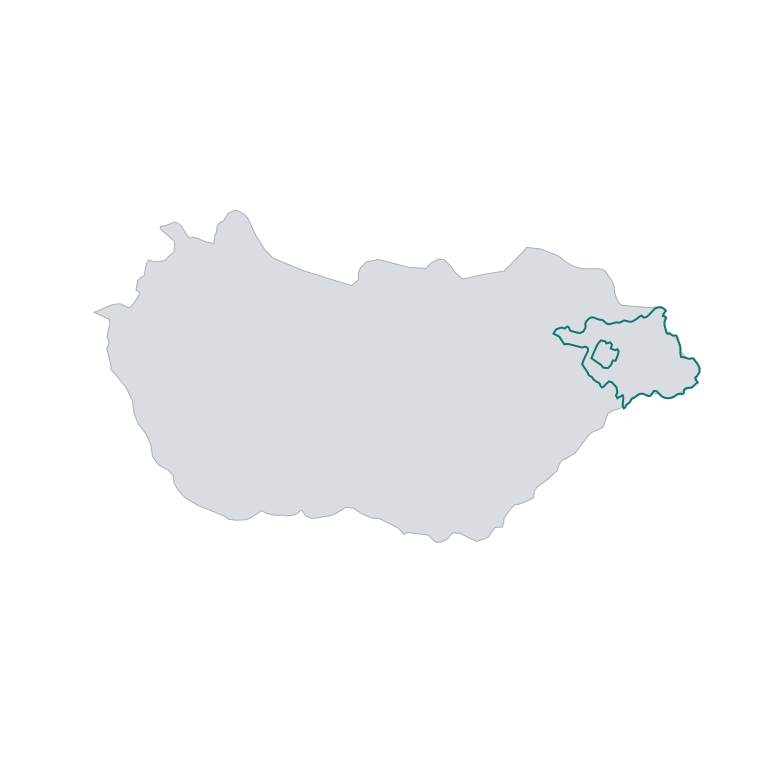 Szabolcs-Szatmár-Bereg on a map of Hungary (Albers equal-area conic projection), rotated 18°
{"feature_id": "HUN-3169", "entity_name": "Szabolcs-Szatmár-Bereg", "entity_type": "County", "adm_level": 1, "iso_a3": "HUN", "parent_name": "Hungary", "parent_adm1": "", "projection": "albers", "projection_center": [22.06, 48.0], "detail": "fine", "context": "in_parent", "style": "outline", "palette": "teal", "viewbox_px": 768, "rotation_deg": 18, "n_neighbors": 0, "source": "natural_earth", "source_scale": "10m", "svg_char_len": 5255}
<svg xmlns="http://www.w3.org/2000/svg" viewBox="0 0 768 768"><g transform="rotate(18 384 384)"><path d="M617.5,227.0L625.6,226.0L626.0,226.1L627.9,226.7L629.3,232.7L629.5,233.1L631.5,237.0L633.3,242.3L636.2,246.2L642.6,247.8L650.8,252.7L656.3,261.8L664.4,265.6L665.0,265.7L666.5,265.2L672.3,264.8L673.5,266.7L678.2,271.1L680.0,275.1L679.1,279.3L680.0,284.0L681.8,285.7L679.7,288.9L664.7,304.9L658.8,309.2L654.9,310.1L648.7,308.4L642.3,309.8L636.6,313.2L631.3,314.3L627.4,318.3L622.2,327.0L615.9,334.4L609.4,338.9L606.1,343.0L605.7,357.1L602.1,361.1L597.3,365.2L594.7,368.8L587.3,390.2L581.7,397.1L576.3,402.3L575.4,407.1L575.5,412.7L569.4,423.6L561.4,435.0L559.9,439.7L561.6,446.0L553.9,453.2L549.5,456.7L545.8,458.3L543.5,462.8L539.7,473.9L540.6,478.9L540.7,483.4L534.2,486.0L532.2,491.0L530.5,497.2L527.8,500.0L520.4,505.1L502.3,502.6L495.5,504.2L493.4,507.9L492.9,510.8L490.6,513.6L486.4,517.0L482.1,518.5L472.8,514.0L452.4,517.9L448.9,521.0L446.1,518.7L441.8,516.5L421.6,513.5L413.5,515.3L402.8,514.2L393.0,511.6L385.5,513.2L378.7,521.7L375.4,524.5L372.8,526.3L367.1,528.9L362.3,532.0L355.9,534.2L350.4,533.6L345.3,529.7L343.3,530.5L341.6,533.8L338.6,536.7L330.6,540.0L328.5,539.9L328.1,539.9L321.9,542.3L311.9,543.4L307.0,542.1L297.3,553.8L294.4,555.9L285.6,559.2L278.4,560.7L272.4,558.9L270.0,558.7L243.1,556.7L229.2,553.3L220.4,548.1L214.7,542.5L212.1,536.5L205.4,532.5L194.5,530.6L186.2,524.3L180.8,513.6L173.0,504.9L163.0,498.1L155.3,489.1L150.0,477.7L139.7,467.0L124.5,457.1L119.9,454.8L119.2,451.9L112.3,440.4L109.3,436.1L110.0,430.7L108.7,427.5L106.0,425.2L105.1,417.2L104.7,411.3L102.8,407.4L86.1,405.4L101.2,392.5L108.4,389.1L116.4,390.4L119.1,389.3L119.9,387.3L121.6,382.9L122.6,378.6L123.6,374.7L122.9,372.3L119.1,371.3L117.9,361.2L120.2,357.6L122.4,355.1L120.8,342.8L121.9,338.8L128.2,338.6L133.5,336.4L138.0,333.7L139.4,330.1L143.4,322.7L140.9,313.1L123.3,305.7L122.6,303.3L127.0,301.0L131.7,297.5L134.5,294.8L137.9,294.6L142.7,296.4L150.9,303.8L154.2,305.0L157.5,303.3L161.0,303.1L170.5,304.0L178.7,302.9L177.4,295.6L177.7,290.3L176.6,286.0L177.8,281.5L181.3,278.1L182.8,270.1L188.1,265.0L190.5,264.4L199.3,265.9L201.3,267.4L202.6,267.8L215.9,282.0L228.7,292.8L239.3,298.5L255.4,299.8L272.5,301.1L301.2,300.8L322.7,300.4L324.2,298.0L327.7,292.2L325.3,286.9L325.7,280.9L329.7,273.2L340.5,267.2L370.8,265.5L388.3,261.2L391.1,254.7L397.1,248.4L402.4,247.2L409.5,250.4L418.0,256.4L425.5,259.7L430.0,257.9L445.6,248.6L463.4,239.5L476.0,214.1L477.4,210.0L490.5,207.3L509.5,208.2L519.3,211.6L526.6,213.5L537.6,213.0L553.6,207.7L559.4,207.9L563.9,211.8L568.9,215.2L572.3,219.4L574.8,225.2L576.2,227.4L578.4,230.4L582.4,234.5L586.2,235.6L615.7,228.6L617.5,227.0Z" fill="#d9dde1" stroke="#a8b0b8" stroke-width="1"/><path d="M681.9,285.7L680.5,287.4L678.4,291.5L677.0,292.8L673.5,294.1L672.1,295.1L671.2,296.9L671.3,298.0L671.7,298.8L671.9,299.7L671.2,301.2L670.7,301.5L668.8,301.7L667.0,302.6L666.0,303.4L663.9,306.3L661.4,308.5L658.2,309.9L654.9,310.4L651.9,309.9L645.5,306.6L642.8,307.2L641.4,312.3L640.4,313.2L639.3,313.7L638.1,313.8L634.0,313.2L632.9,313.3L631.4,313.9L629.8,314.8L628.8,315.8L626.9,318.7L626.3,319.4L624.8,320.5L624.2,321.3L623.8,322.2L623.6,324.6L623.3,325.7L621.1,328.8L620.9,329.6L620.8,330.6L620.7,331.4L620.7,331.6L620.2,332.5L619.5,333.1L617.6,330.6L615.9,323.2L614.4,320.9L610.4,325.4L608.1,323.2L608.6,319.8L606.1,315.3L600.1,311.9L597.1,312.1L595.0,315.7L593.9,318.4L592.3,320.0L590.5,319.0L589.0,317.0L587.2,316.3L585.4,316.2L581.7,314.9L580.0,313.3L575.8,312.3L574.4,310.4L566.3,303.9L566.7,296.7L567.8,289.8L567.0,287.1L564.3,286.1L560.9,288.1L546.9,289.0L543.1,290.5L536.0,284.7L529.7,283.8L530.3,280.5L530.9,278.9L531.8,277.9L535.6,275.4L536.2,275.3L538.3,275.5L539.2,275.1L539.5,274.3L539.8,273.5L540.4,272.8L541.8,272.8L542.7,273.5L543.5,274.6L544.5,275.5L545.7,275.8L549.9,275.6L549.2,275.6L552.2,275.5L555.1,274.7L557.3,272.5L558.2,268.5L557.9,266.7L557.3,265.7L556.8,264.5L557.0,262.3L557.6,260.5L558.6,258.7L559.9,257.1L561.2,256.2L562.8,256.0L568.3,256.3L571.5,255.8L572.9,255.9L576.3,257.5L577.9,257.8L579.6,257.6L586.1,253.5L587.2,253.2L588.5,253.2L590.1,251.9L591.7,250.3L593.0,249.3L598.4,248.9L600.1,248.3L601.3,247.3L603.8,244.5L606.7,240.2L607.2,239.6L608.1,239.5L609.8,240.4L610.6,240.6L613.0,239.1L614.8,236.1L617.9,229.4L619.7,227.4L619.8,227.4L620.7,226.5L623.5,225.4L626.4,225.7L629.5,227.2L628.2,231.1L628.2,233.2L630.5,233.0L631.1,233.1L631.8,234.2L631.8,235.5L631.6,237.0L631.7,238.8L632.6,241.4L636.8,247.9L637.4,248.4L638.0,248.6L638.7,248.4L639.4,247.9L639.7,247.7L640.0,247.6L640.4,247.7L642.1,248.4L643.5,248.7L644.8,248.5L646.4,247.7L646.8,247.6L647.2,247.7L647.5,247.9L653.9,256.3L655.1,258.9L656.3,263.0L657.8,266.1L658.3,266.6L658.5,266.6L659.6,266.0L665.8,265.9L667.4,265.4L668.9,264.4L670.3,264.0L671.7,264.9L672.0,265.5L675.1,267.2L677.7,269.6L678.9,271.0L679.8,272.8L680.4,275.2L680.1,276.6L679.6,277.8L679.4,279.8L678.0,281.6L678.7,283.2L681.9,285.7ZM593.2,280.5L588.7,280.1L588.7,276.2L586.2,274.5L582.9,276.7L581.4,275.1L577.0,275.4L575.5,278.3L574.7,281.0L574.0,287.6L573.3,295.4L578.5,297.0L584.4,298.7L587.3,300.7L592.1,299.7L594.1,295.5L594.3,290.9L597.1,290.3L597.4,285.4L597.2,280.8L595.4,278.8L593.2,280.5Z" fill="none" stroke="#0f766e" stroke-width="2"/></g></svg>